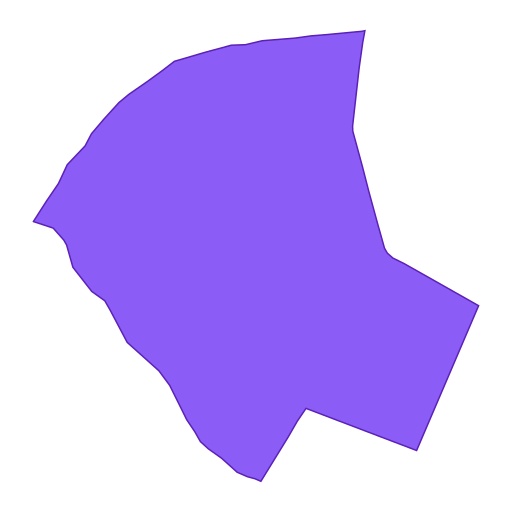 the district of Tiba police station, Qina, Egypt
{"feature_id": "37247803B46763181924450", "entity_name": "Tiba police station", "entity_type": "district", "adm_level": 2, "iso_a3": "EGY", "parent_name": "Egypt", "parent_adm1": "Qina", "projection": "mercator", "projection_center": [32.702, 25.738], "detail": "fine", "context": "isolated", "style": "filled", "palette": "violet", "viewbox_px": 512, "rotation_deg": 0, "n_neighbors": 0, "source": "geoboundaries", "source_scale": "gbopen_adm2", "svg_char_len": 919}
<svg xmlns="http://www.w3.org/2000/svg" viewBox="0 0 512 512"><path d="M260.9,481.3L288.2,437.0L297.3,421.2L306.0,408.4L416.6,450.5L478.6,305.7L404.5,263.8L398.5,260.8L392.8,258.0L392.6,257.8L387.3,253.1L384.5,248.2L379.5,230.3L378.2,225.8L368.7,191.0L362.3,166.1L352.8,131.2L352.6,126.2L359.2,67.6L362.8,42.0L364.9,30.7L361.8,31.3L326.8,34.6L310.9,35.9L295.0,38.1L263.8,40.6L261.9,40.8L245.5,44.7L231.3,45.2L207.3,51.7L203.4,52.8L174.4,61.3L161.9,70.9L146.5,82.1L128.9,94.3L119.0,102.5L109.2,113.3L104.0,119.0L91.5,133.7L85.1,145.9L67.3,164.6L58.4,183.6L46.4,201.2L33.4,221.5L33.5,221.6L53.2,228.1L63.8,240.1L66.6,245.0L72.9,267.3L91.8,291.5L104.8,300.8L106.7,304.1L110.4,310.6L127.2,342.4L137.8,351.9L158.9,370.8L169.7,385.4L179.3,404.7L186.7,419.7L194.9,431.9L200.4,441.6L208.3,448.8L221.4,458.1L231.9,467.5L237.2,472.3L247.4,476.7L255.1,478.8L260.9,481.3Z" fill="#8b5cf6" stroke="#5b21b6" stroke-width="1.5"/></svg>